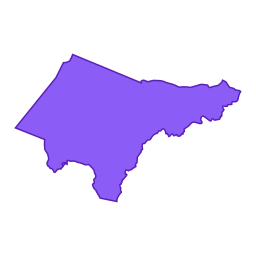 outline of San Jeronimo, Copán, Honduras
{"feature_id": "27666195B76095936312839", "entity_name": "San Jeronimo", "entity_type": "district", "adm_level": 2, "iso_a3": "HND", "parent_name": "Honduras", "parent_adm1": "Copán", "projection": "orthographic", "projection_center": [-88.881, 14.954], "detail": "fine", "context": "isolated", "style": "filled", "palette": "violet", "viewbox_px": 256, "rotation_deg": 0, "n_neighbors": 0, "source": "geoboundaries", "source_scale": "gbopen_adm2", "svg_char_len": 5786}
<svg xmlns="http://www.w3.org/2000/svg" viewBox="0 0 256 256"><path d="M116.8,201.5L116.9,200.2L117.1,198.9L117.4,198.0L117.7,197.3L119.6,194.2L120.4,193.3L121.1,192.6L121.3,192.2L121.3,191.8L120.9,191.1L120.7,190.5L120.6,189.6L120.7,188.1L120.5,187.5L120.1,186.6L119.9,185.9L119.8,185.1L119.9,184.5L120.1,184.3L120.3,184.3L120.7,184.4L121.0,184.2L121.1,183.9L121.0,183.5L121.1,183.2L121.7,182.8L121.8,182.6L121.9,182.2L121.7,181.7L121.9,181.2L122.2,181.0L122.3,180.8L122.3,180.6L122.1,180.3L122.2,180.0L122.4,179.9L122.7,180.0L123.0,179.7L126.3,175.8L126.8,175.0L126.8,174.7L126.3,174.1L126.0,173.9L125.5,174.0L125.3,173.9L125.2,173.8L125.2,173.4L125.3,172.1L125.6,170.4L125.9,170.0L126.4,170.0L127.5,170.3L128.4,170.8L130.4,169.8L131.2,169.7L131.6,169.5L132.2,168.9L132.5,168.6L133.9,167.7L135.9,166.5L135.9,166.3L135.6,166.2L135.4,166.0L135.5,165.2L135.7,164.3L136.0,163.5L136.3,163.2L136.7,163.0L137.0,162.7L137.0,162.2L137.0,161.1L137.3,159.0L137.2,158.0L137.3,157.3L137.6,156.8L138.3,155.8L141.1,151.9L141.2,151.5L141.2,150.7L141.3,150.2L141.7,149.9L142.3,149.7L142.5,149.4L142.5,149.2L142.1,145.5L142.3,144.5L142.5,144.0L142.7,143.7L143.1,143.5L144.1,143.6L144.7,143.3L145.1,143.0L145.7,142.1L146.3,141.4L147.2,140.6L148.0,140.0L148.9,139.7L149.1,139.7L149.5,139.9L149.8,139.8L150.9,138.6L151.3,137.7L151.7,137.2L152.9,135.6L153.7,134.8L154.6,134.3L156.0,133.6L157.3,133.2L157.6,132.9L158.2,131.9L158.9,131.0L159.3,130.8L160.1,131.0L160.7,130.8L161.2,130.4L161.7,129.7L162.0,129.4L163.0,128.8L163.3,128.8L163.7,128.9L164.2,129.3L164.6,129.8L165.1,130.6L165.5,131.5L165.6,132.0L165.6,132.9L165.7,133.4L166.1,133.8L166.4,133.9L166.7,133.8L167.1,133.4L167.3,133.4L167.4,133.5L168.0,134.7L168.5,136.0L168.9,136.5L169.1,136.5L169.6,136.3L171.4,134.2L171.7,134.1L172.1,134.0L172.3,134.1L172.5,134.2L174.0,135.8L174.7,135.5L175.4,135.1L176.2,134.6L176.5,134.6L176.9,134.8L177.1,135.5L177.5,135.9L178.4,136.1L179.3,136.2L179.9,136.0L180.7,135.4L181.0,135.1L181.4,134.2L181.9,133.7L182.3,133.6L182.5,133.7L182.7,134.1L182.8,134.1L183.0,134.0L183.1,133.4L183.1,132.8L183.1,132.6L183.2,132.4L183.9,132.0L184.4,131.3L184.4,131.0L184.2,130.4L184.1,129.9L184.2,129.2L184.4,128.9L184.9,128.5L188.8,125.9L189.7,124.8L190.7,123.7L191.6,122.9L192.2,122.5L193.0,122.2L194.1,122.1L196.1,122.5L198.6,123.3L199.6,123.5L200.3,123.6L200.8,123.5L201.3,123.4L201.7,123.1L201.9,122.9L202.0,122.7L201.9,121.9L201.5,121.1L200.8,120.3L200.7,119.9L200.7,119.5L200.9,118.3L201.3,117.3L201.7,116.7L202.3,116.2L202.8,116.1L203.2,116.1L204.2,116.6L206.1,117.9L209.0,120.2L209.8,120.7L210.3,121.0L210.7,120.9L211.3,120.5L211.5,120.1L211.6,119.6L211.7,119.3L211.9,119.1L212.3,118.9L212.7,118.9L213.1,119.0L213.4,119.2L214.0,119.8L214.3,120.0L214.7,120.1L216.1,119.9L219.5,119.2L220.1,118.2L220.3,117.1L220.5,116.6L220.9,116.4L221.4,116.5L221.6,116.3L221.9,113.7L221.9,112.6L222.0,112.2L222.6,111.6L223.1,111.0L223.6,110.3L223.9,109.7L223.8,109.3L223.2,108.6L222.8,107.6L222.7,107.0L222.8,106.5L223.2,106.2L223.9,106.1L226.1,106.4L227.1,106.3L227.3,106.2L227.5,105.8L227.4,105.4L227.4,105.1L227.5,104.9L227.7,104.7L228.4,104.6L231.2,104.5L231.8,104.3L231.8,103.2L231.9,102.4L232.1,102.1L232.4,101.8L233.1,101.6L234.2,101.8L235.2,101.8L236.3,101.5L236.9,101.1L237.5,100.4L237.9,99.6L238.1,98.8L238.5,96.7L239.1,94.7L239.7,93.1L240.6,91.7L239.9,90.9L239.5,90.6L238.7,90.5L237.4,90.4L236.1,90.0L235.2,89.6L234.2,88.8L233.5,88.4L231.6,87.8L230.3,87.6L229.8,87.4L229.5,87.1L228.1,85.3L227.2,83.9L226.3,82.4L225.9,82.0L224.1,80.9L222.5,80.2L222.2,81.5L221.8,82.2L220.1,83.8L218.4,85.2L217.4,85.6L213.5,86.4L210.8,87.3L210.0,87.5L209.7,87.5L209.3,87.3L208.4,86.6L208.1,86.1L207.9,85.4L207.6,85.1L204.8,84.7L202.2,84.4L201.1,84.4L199.8,84.7L196.7,85.7L190.4,87.4L189.6,87.4L187.7,87.0L186.2,86.9L182.9,86.8L181.9,86.9L180.6,87.1L179.5,87.1L178.6,86.9L177.9,86.6L175.0,85.2L172.6,84.3L170.6,83.7L166.7,82.7L165.8,82.4L164.4,81.7L163.1,81.3L161.6,80.9L160.5,80.7L153.5,80.4L150.8,81.0L148.7,81.6L147.9,81.6L147.1,81.5L146.6,81.4L145.5,80.8L144.8,80.5L143.7,80.3L143.0,80.3L142.4,80.4L141.8,80.7L141.4,81.0L141.1,81.4L141.2,82.9L72.7,54.5L72.1,55.8L71.4,58.0L71.2,58.3L70.8,58.5L70.6,58.7L70.2,60.4L70.1,60.6L68.4,61.6L67.0,62.2L64.8,62.6L63.5,62.6L56.0,77.6L15.4,127.9L44.7,139.5L44.5,141.9L44.5,145.4L44.9,149.3L45.0,149.8L45.3,150.4L47.0,153.0L47.7,154.2L47.9,154.8L48.6,158.1L48.6,159.2L48.4,160.0L48.2,160.5L47.6,161.4L47.2,162.4L47.0,163.6L47.1,164.4L47.4,165.1L47.9,165.9L48.0,166.1L48.6,166.4L49.1,166.8L49.4,167.2L49.7,167.8L50.1,168.2L50.8,168.6L51.8,168.6L52.5,169.2L53.8,171.6L54.1,172.1L54.3,172.3L54.6,172.3L54.9,172.3L55.4,172.0L57.0,169.9L57.3,169.6L58.2,169.4L59.0,168.9L59.4,168.8L60.2,168.7L60.4,168.8L60.7,169.1L60.9,169.0L61.4,168.0L62.0,167.6L62.3,167.3L63.2,166.2L63.6,165.3L63.7,165.0L63.6,164.8L63.4,164.8L63.1,165.0L62.8,165.0L62.4,164.8L62.1,164.4L62.0,164.0L62.1,163.6L62.3,163.2L62.7,162.9L63.2,162.7L63.6,162.7L64.0,162.7L64.3,162.9L64.5,163.2L64.6,163.5L64.5,163.8L64.2,164.0L64.3,164.4L64.6,164.5L64.9,164.3L65.3,163.8L65.4,163.3L65.2,162.9L65.2,162.6L65.4,162.5L65.8,162.5L66.1,162.7L66.3,163.0L66.9,164.3L67.0,164.4L67.2,164.1L67.2,163.7L67.0,162.4L67.1,161.1L67.2,160.7L67.6,160.4L67.9,160.4L70.2,161.2L73.3,161.1L74.2,161.1L75.1,161.2L75.6,161.4L76.7,162.0L81.9,163.4L83.8,164.3L85.3,164.8L86.2,164.8L87.0,164.7L88.2,164.5L88.5,164.5L89.2,165.1L90.4,165.9L91.4,167.2L92.3,168.0L93.2,169.2L93.8,169.9L94.0,170.3L94.6,172.9L95.1,174.1L95.7,175.4L95.8,175.8L95.8,176.6L95.6,177.3L95.3,178.0L95.0,178.3L94.3,178.8L94.0,179.2L93.8,179.7L93.8,180.1L94.1,180.7L94.2,181.2L94.2,183.3L93.5,183.5L92.9,184.0L92.6,184.4L92.6,184.9L93.2,186.7L94.1,188.5L94.5,188.9L95.2,189.5L95.8,190.2L98.0,194.5L98.9,195.6L99.3,196.7L100.2,198.1L116.8,201.5Z" fill="#8b5cf6" stroke="#5b21b6" stroke-width="1.5"/></svg>